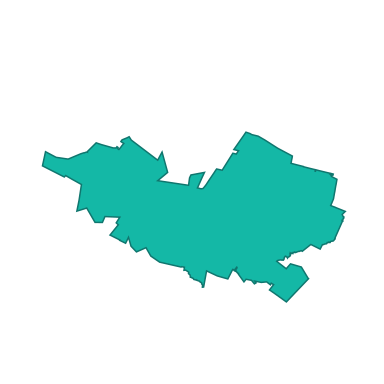 Villa de Guadalupe, San Luis Potosí, Mexico (Natural Earth projection), rotated 297°
{"feature_id": "50627088B59646352587230", "entity_name": "Villa de Guadalupe", "entity_type": "district", "adm_level": 2, "iso_a3": "MEX", "parent_name": "Mexico", "parent_adm1": "San Luis Potosí", "projection": "natural_earth1", "projection_center": [-100.683, 23.271], "detail": "fine", "context": "isolated", "style": "filled", "palette": "teal", "viewbox_px": 384, "rotation_deg": 297, "n_neighbors": 0, "source": "geoboundaries", "source_scale": "gbopen_adm2", "svg_char_len": 5111}
<svg xmlns="http://www.w3.org/2000/svg" viewBox="0 0 384 384"><g transform="rotate(297 192 192)"><path d="M270.4,217.0L269.8,212.9L265.9,212.4L248.8,210.0L249.9,214.7L249.2,214.6L248.0,214.5L246.7,214.3L245.9,214.2L245.1,210.8L225.1,209.0L223.7,203.5L221.9,203.2L219.7,203.0L210.9,201.9L207.2,201.5L205.1,201.3L204.7,201.2L203.5,201.0L200.2,200.3L199.0,198.7L198.1,195.0L205.9,194.6L209.8,194.4L213.3,194.3L214.9,194.2L215.1,194.2L206.7,183.3L203.5,183.4L196.4,185.9L187.2,158.4L186.5,156.3L198.4,161.4L214.0,147.2L210.7,147.1L204.8,147.0L205.2,144.7L210.7,114.3L212.2,111.8L212.7,110.9L211.0,109.7L206.7,106.0L204.7,105.7L204.6,106.0L204.4,108.3L204.3,109.2L203.5,109.0L203.0,108.9L201.3,108.5L200.3,108.4L199.6,108.2L199.3,108.1L198.6,108.0L198.1,107.9L197.7,107.8L197.3,107.8L196.7,107.6L196.6,106.9L197.0,106.7L197.2,105.9L198.1,105.9L198.3,104.6L197.6,104.5L196.7,104.3L196.1,103.0L195.5,101.8L193.6,92.3L193.1,89.8L192.3,84.3L180.8,80.5L180.7,80.6L180.2,80.4L180.1,80.5L180.1,80.4L179.8,80.3L179.7,80.1L179.5,79.7L179.1,79.3L178.4,78.6L177.8,78.1L177.7,77.7L175.4,75.4L165.1,66.7L161.2,55.2L161.4,43.2L147.4,46.9L147.4,51.5L147.4,71.4L149.3,72.0L148.9,79.1L148.9,79.3L148.5,90.1L133.4,95.1L122.7,98.1L129.9,105.5L120.9,119.4L124.2,126.0L130.6,125.6L136.8,139.1L130.1,138.5L129.3,141.2L116.4,138.5L116.5,149.6L116.1,149.6L116.2,156.1L122.8,156.0L116.0,162.3L113.4,169.7L121.5,176.3L116.2,184.4L114.8,195.0L117.5,205.7L120.2,216.4L120.8,216.7L120.9,217.3L121.3,218.2L121.2,218.7L121.5,219.4L118.6,220.4L119.5,221.8L119.1,225.5L117.7,225.9L117.1,228.1L115.3,229.2L115.6,229.8L115.4,230.4L115.5,230.7L115.6,231.1L115.5,231.7L115.6,232.2L115.3,232.8L115.0,233.1L114.9,233.4L115.1,234.0L115.3,235.1L115.7,235.4L115.5,235.8L115.5,236.5L115.8,237.0L115.6,237.8L115.9,238.7L115.9,239.4L115.6,240.2L115.4,240.3L115.6,241.0L115.4,241.5L115.4,241.9L114.7,242.2L114.4,242.4L114.3,243.2L114.1,243.5L113.4,243.9L113.0,243.9L112.4,244.3L111.9,244.5L112.6,245.5L128.3,240.8L128.7,252.6L130.8,263.4L141.0,263.4L141.6,263.5L141.6,263.8L141.4,263.9L141.4,264.0L141.4,264.3L141.5,264.4L141.4,264.6L141.2,265.1L145.4,266.0L145.3,266.3L144.2,266.6L142.3,266.2L142.2,266.5L141.1,266.3L141.1,266.5L141.1,266.9L141.7,267.0L140.9,268.3L140.8,268.6L140.7,268.8L140.6,269.0L140.8,269.2L140.7,269.4L140.6,269.5L140.4,269.8L140.3,270.0L140.2,270.1L140.1,270.4L140.2,270.5L139.9,270.6L139.5,271.3L135.5,279.1L138.3,279.7L138.8,279.8L140.3,285.1L138.5,289.3L140.1,290.3L141.1,288.4L142.9,294.8L145.8,299.3L144.9,304.0L146.7,304.0L146.5,306.8L139.9,305.5L139.2,310.9L136.9,326.0L167.7,335.2L167.9,334.5L174.8,323.5L172.7,312.4L166.9,310.9L166.4,310.8L168.7,298.9L169.3,299.1L169.5,299.3L170.0,299.5L170.3,300.0L170.5,300.1L170.8,300.4L170.9,300.6L171.2,301.1L171.5,301.4L171.6,301.6L171.7,301.8L171.9,302.4L172.0,302.7L172.2,303.2L172.4,303.5L172.6,303.9L172.8,304.3L173.2,304.1L173.5,304.3L173.7,304.5L175.6,304.0L177.2,304.3L177.2,304.5L177.2,304.8L177.3,305.0L177.2,305.1L177.1,305.3L177.1,305.5L177.1,305.8L177.2,306.0L177.1,306.4L177.0,306.5L176.9,306.6L176.7,306.8L176.5,307.1L176.9,307.1L177.0,307.1L177.3,307.2L177.5,307.2L177.6,307.3L178.1,307.7L178.5,308.0L178.9,308.0L179.1,308.3L179.5,308.1L179.8,308.3L180.1,308.4L180.4,308.4L180.6,308.3L180.7,308.0L181.1,308.1L181.2,307.9L181.2,307.7L181.3,307.6L181.5,307.3L181.8,307.4L182.1,307.3L182.0,307.5L182.1,307.9L182.6,308.1L182.7,308.3L182.5,308.5L182.8,308.9L182.7,309.1L183.0,309.2L183.1,309.3L183.1,309.7L183.3,309.6L183.7,309.4L184.0,309.5L184.0,309.8L184.2,310.0L184.3,310.1L184.3,310.3L184.5,310.3L184.8,310.5L185.0,310.6L184.9,310.9L185.1,311.8L185.4,311.8L185.6,312.2L187.4,313.8L187.7,314.5L189.2,315.8L189.3,316.0L189.1,316.1L189.4,316.8L189.3,317.2L199.2,321.7L199.3,332.1L204.3,332.1L204.4,332.5L205.1,333.3L205.7,333.6L207.0,335.4L208.3,335.4L208.3,335.8L208.5,335.9L208.7,336.0L208.8,336.1L208.9,336.3L209.0,336.4L209.1,336.5L209.4,336.5L209.5,336.7L209.4,336.9L209.3,337.0L209.5,337.2L209.5,337.3L209.5,337.6L209.8,337.7L209.9,337.8L209.9,338.0L210.5,338.0L210.7,337.9L210.9,338.0L211.2,338.4L211.3,338.5L211.6,338.9L211.9,339.2L212.2,339.8L212.4,340.0L213.0,340.3L214.7,340.6L215.0,340.8L215.5,340.7L215.7,340.3L234.1,339.3L234.3,339.0L234.6,339.5L235.1,338.9L235.2,339.2L235.5,339.2L236.0,339.0L236.3,338.9L236.8,338.9L237.1,338.8L237.1,339.0L237.3,339.1L238.0,339.0L238.3,338.8L238.8,338.6L239.0,337.4L240.2,336.0L244.3,337.4L242.9,321.7L245.0,321.6L250.1,321.2L253.0,320.3L255.2,319.6L257.4,319.0L259.5,318.3L262.4,317.4L264.6,316.8L266.8,316.1L269.1,315.4L269.1,311.7L269.2,308.5L269.1,308.4L269.6,308.7L270.1,309.1L270.3,308.9L270.7,309.0L270.8,309.1L271.0,309.9L272.1,309.7L271.6,307.3L271.4,307.4L271.3,307.5L270.7,308.3L270.2,308.1L270.2,307.8L270.6,307.6L270.8,307.6L270.7,307.3L270.7,307.2L270.6,306.6L271.4,306.6L270.6,303.4L269.6,299.2L268.7,295.4L268.0,292.2L266.6,292.6L266.5,292.2L267.9,291.8L267.3,289.4L266.5,286.0L265.9,283.3L265.1,279.8L265.3,279.7L263.6,272.2L262.5,267.2L263.9,266.8L265.9,266.2L267.8,265.7L269.6,265.1L269.9,248.5L271.4,233.3L271.8,225.6L270.3,219.3L270.4,217.0Z" fill="#14b8a6" stroke="#0f766e" stroke-width="1.5"/></g></svg>